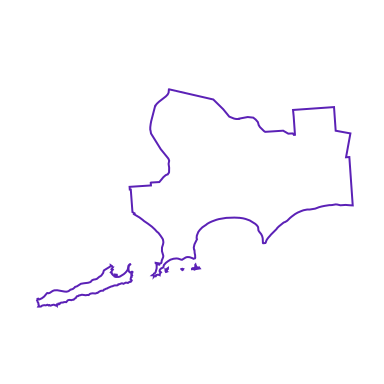 Rockingham, Western Australia, Australia, rotated 266°
{"feature_id": "25037944B36908504302594", "entity_name": "Rockingham", "entity_type": "district", "adm_level": 2, "iso_a3": "AUS", "parent_name": "Australia", "parent_adm1": "Western Australia", "projection": "orthographic", "projection_center": [115.705, -32.307], "detail": "fine", "context": "isolated", "style": "outline", "palette": "violet", "viewbox_px": 384, "rotation_deg": 266, "n_neighbors": 0, "source": "geoboundaries", "source_scale": "gbopen_adm2", "svg_char_len": 5885}
<svg xmlns="http://www.w3.org/2000/svg" viewBox="0 0 384 384"><g transform="rotate(266 192 192)"><path d="M173.9,132.6L170.3,137.8L167.7,140.8L166.4,142.1L163.5,145.8L160.2,149.6L157.2,152.4L155.0,154.1L153.5,155.7L150.4,157.7L147.6,159.3L146.6,159.7L145.0,159.9L143.5,159.9L141.7,159.4L138.7,158.2L135.1,157.9L130.5,158.9L129.5,158.8L128.6,158.5L125.7,157.0L123.7,156.6L123.2,156.2L122.9,155.2L122.9,154.8L123.9,150.8L123.6,150.8L122.6,154.6L121.8,154.3L122.3,152.4L122.9,152.2L123.0,151.6L122.4,151.5L120.8,151.6L118.3,151.4L114.6,150.1L113.6,149.3L113.2,148.3L112.1,147.8L112.0,146.9L111.7,146.5L111.6,147.4L110.8,148.3L110.4,148.2L110.7,148.5L110.7,148.9L110.4,149.3L110.5,150.0L111.1,150.1L111.6,150.4L111.9,151.9L111.8,152.8L111.3,153.9L111.8,153.9L112.8,154.6L113.3,154.6L113.8,154.9L114.1,155.4L114.6,155.0L114.9,154.2L115.8,154.2L116.9,154.7L118.0,156.0L118.6,157.8L119.1,158.2L121.1,158.9L123.1,160.9L124.6,163.2L126.0,165.8L126.7,168.9L126.8,171.9L126.5,173.5L125.3,176.4L125.1,177.3L127.1,181.1L127.4,182.4L127.4,183.4L127.1,185.2L125.7,188.3L125.3,188.7L125.6,190.3L126.1,190.6L128.9,190.7L130.9,190.4L133.9,190.4L134.2,190.1L134.8,190.0L136.5,189.9L139.6,190.8L144.6,193.7L145.4,193.4L145.9,193.4L148.2,193.8L151.7,195.5L153.7,197.2L156.0,199.8L158.5,204.1L159.2,205.0L160.3,207.3L161.3,210.0L162.6,214.5L163.1,217.0L163.8,224.4L163.5,232.6L162.9,237.7L162.2,241.0L161.4,243.5L159.6,247.6L155.8,252.9L154.3,254.3L152.8,255.3L152.0,255.5L149.0,255.6L147.7,256.3L145.1,258.1L143.1,258.9L141.0,259.3L136.2,259.2L136.0,259.3L135.9,259.8L136.0,261.6L136.4,262.0L137.7,262.5L139.2,263.3L141.2,265.0L143.1,267.0L143.9,267.7L149.1,273.7L150.0,274.4L151.5,276.1L154.8,280.8L155.3,281.7L155.6,282.9L156.7,285.0L159.2,287.9L160.5,289.7L162.8,293.3L164.1,296.0L165.4,299.8L166.0,301.9L166.5,305.8L166.3,308.2L166.8,313.7L168.0,317.7L168.5,320.3L168.9,323.3L169.3,327.9L169.2,330.6L169.6,334.4L169.4,335.9L168.4,339.2L168.4,344.3L167.8,348.3L167.4,351.4L215.9,351.4L215.9,348.1L239.4,354.1L243.1,339.6L266.8,339.6L266.8,298.5L260.5,298.7L241.9,298.7L241.8,297.7L243.4,296.6L243.5,292.1L246.8,287.2L246.9,269.2L247.7,268.1L252.0,264.3L254.1,263.2L257.1,262.6L259.8,260.6L261.9,258.3L262.9,252.8L261.9,244.1L261.6,244.1L261.6,242.7L261.8,240.9L262.3,239.1L264.6,234.4L272.4,228.9L282.8,219.7L296.0,176.4L295.9,176.3L295.9,176.1L295.3,176.0L292.8,175.6L290.9,174.5L290.7,174.2L290.2,173.7L289.2,172.6L284.3,165.3L282.5,163.1L281.4,162.1L280.2,161.4L280.3,161.2L265.4,156.2L262.6,155.5L259.6,154.9L257.0,154.7L256.3,154.9L253.2,155.2L236.9,163.8L227.2,170.6L226.3,171.0L224.7,171.4L221.7,170.6L217.8,170.9L213.4,170.5L212.7,170.2L211.7,169.2L211.3,169.1L211.0,168.0L210.6,166.9L208.8,164.5L204.2,160.1L204.3,151.8L204.1,151.5L201.4,151.5L201.5,130.1L198.8,130.1L198.7,131.1L176.1,131.2L174.7,133.2L173.9,132.6ZM96.7,72.7L97.2,75.0L96.4,78.8L96.6,80.3L96.4,81.6L96.5,81.9L97.3,82.8L97.7,83.8L97.9,85.7L97.5,88.5L97.6,89.1L98.0,90.1L97.9,90.8L98.6,91.6L99.4,93.2L99.8,94.4L99.8,96.6L100.8,97.5L100.9,98.2L101.6,99.8L101.7,100.7L102.2,101.5L103.4,104.9L103.6,106.4L103.9,106.9L104.2,108.3L104.1,110.9L104.4,111.6L105.1,112.1L105.0,112.8L105.8,115.4L105.7,116.2L105.2,117.2L106.2,119.5L106.0,121.0L105.7,121.7L106.6,123.2L106.6,124.1L106.8,124.8L107.9,125.7L108.4,125.5L109.0,125.0L109.0,124.7L110.0,124.8L111.0,125.2L111.3,125.8L111.6,125.8L111.7,125.5L111.9,125.5L112.0,125.9L112.7,126.2L112.9,126.5L113.6,126.3L113.5,125.9L113.6,125.7L114.3,125.7L115.7,126.9L116.5,127.0L116.7,126.6L116.5,125.9L116.0,125.4L116.0,124.6L116.8,123.8L117.4,123.5L118.6,123.3L120.2,123.3L122.5,123.8L123.3,124.4L124.0,125.4L124.3,125.3L124.3,125.0L123.8,124.3L122.9,123.5L121.9,123.2L119.1,122.5L117.4,121.2L116.2,120.0L114.8,118.2L112.6,114.0L112.4,112.2L112.7,111.2L114.7,111.2L115.0,109.6L114.8,109.7L114.5,110.9L114.3,111.0L112.6,111.0L112.5,110.5L112.7,109.7L113.1,108.8L113.8,108.7L113.8,108.4L114.4,107.6L115.6,106.6L116.1,106.4L116.6,106.5L117.4,105.4L120.0,107.5L120.1,107.3L119.9,107.1L120.6,106.3L122.4,107.8L122.5,107.4L123.5,107.2L124.6,105.8L124.0,105.8L123.4,105.3L120.0,98.8L119.6,98.5L117.4,97.7L115.2,95.9L114.4,94.9L114.0,93.8L111.9,90.9L111.6,89.3L111.5,87.9L111.1,86.6L110.8,86.0L109.4,84.6L109.1,83.8L108.7,82.0L108.5,77.9L108.2,74.8L105.9,70.6L105.5,68.8L104.7,68.0L103.7,66.6L103.2,65.0L103.1,64.0L101.8,62.1L101.5,61.1L101.3,59.7L101.6,57.8L103.4,50.7L103.5,47.8L103.0,46.1L101.3,43.1L101.0,41.9L101.3,40.8L101.2,40.3L98.0,37.2L96.5,34.9L95.7,32.9L95.5,32.1L95.7,31.7L96.3,31.3L96.2,30.4L95.4,30.3L94.6,29.9L94.4,30.2L92.9,30.4L91.9,31.0L90.4,31.0L89.8,31.3L89.0,31.1L88.4,30.7L88.3,31.7L88.3,33.1L88.4,33.6L88.8,34.0L89.1,34.6L89.3,35.5L89.4,37.0L89.1,38.3L89.6,39.8L89.3,40.4L88.9,40.9L89.0,41.1L89.2,41.4L89.2,41.6L88.8,41.7L88.7,42.9L88.5,43.2L88.8,43.8L89.2,45.8L89.1,46.7L88.9,47.1L88.6,47.4L88.5,48.0L88.2,48.4L88.5,48.9L88.0,49.3L88.8,49.4L89.1,49.2L89.4,49.5L89.2,50.4L89.8,50.8L89.7,50.9L89.3,50.9L89.3,51.7L89.5,52.0L89.9,51.8L90.2,52.7L90.6,53.0L90.8,54.4L90.7,55.5L91.0,56.3L91.1,57.5L90.9,58.9L92.5,60.4L92.8,61.2L92.9,62.5L92.5,64.0L92.8,65.3L92.8,66.4L93.8,67.5L94.3,68.6L95.8,69.7L96.1,70.2L96.1,71.1L96.8,72.2L96.7,72.7ZM115.1,188.3L114.4,188.9L114.4,189.2L114.8,189.9L115.2,194.4L116.3,193.7L115.9,193.1L115.9,192.5L116.6,191.9L116.9,191.2L117.6,190.8L118.2,190.8L118.4,190.6L119.4,190.4L119.2,190.2L117.3,190.1L116.1,189.5L115.8,188.5L116.0,187.9L115.9,187.1L115.7,186.8L115.4,186.6L115.0,186.6L115.1,188.3ZM114.1,161.1L115.1,161.4L115.5,160.7L116.2,160.7L116.6,160.1L115.3,160.1L115.3,160.3L115.1,160.4L114.9,160.3L114.7,160.6L114.7,160.3L114.3,160.4L114.4,160.6L114.1,160.7L114.1,161.1ZM115.8,177.7L116.1,176.9L115.9,176.5L115.9,176.0L115.7,176.0L115.5,176.4L114.8,176.9L115.0,177.3L115.3,177.0L115.5,177.1L115.7,177.6L115.8,177.7ZM116.9,162.6L117.8,162.7L117.5,162.2L117.3,162.4L116.7,162.3L116.9,162.6Z" fill="none" stroke="#5b21b6" stroke-width="2"/></g></svg>